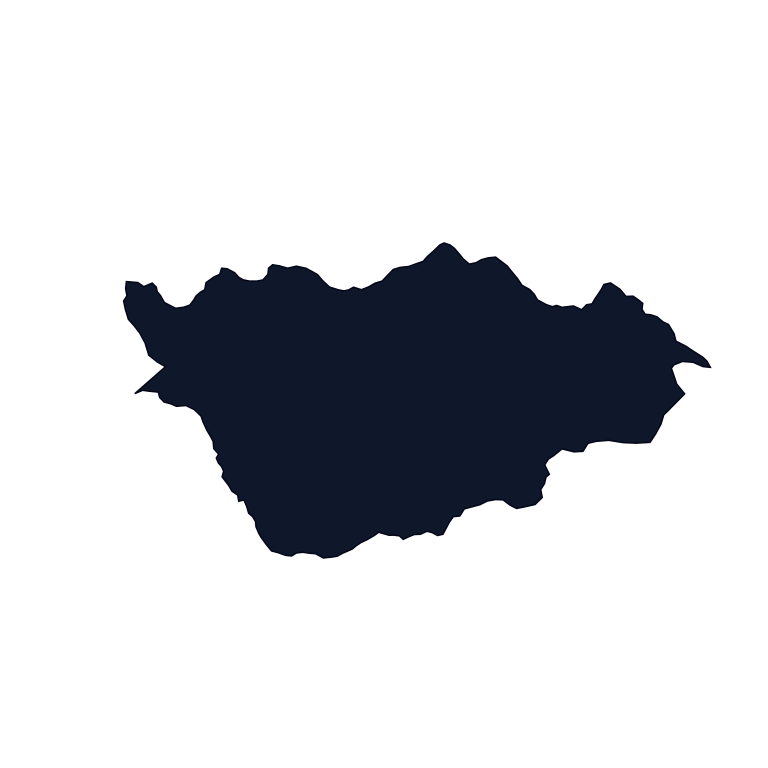 the district of São Miguel do Passa Quatro, Goiás, Brazil, rotated 120°
{"feature_id": "56859067B51842796216373", "entity_name": "São Miguel do Passa Quatro", "entity_type": "district", "adm_level": 2, "iso_a3": "BRA", "parent_name": "Brazil", "parent_adm1": "Goiás", "projection": "robinson", "projection_center": [-48.669, -17.001], "detail": "fine", "context": "isolated", "style": "filled", "palette": "ink", "viewbox_px": 768, "rotation_deg": 120, "n_neighbors": 0, "source": "geoboundaries", "source_scale": "gbopen_adm2", "svg_char_len": 2823}
<svg xmlns="http://www.w3.org/2000/svg" viewBox="0 0 768 768"><g transform="rotate(120 384 384)"><path d="M424.1,658.3L430.7,655.4L436.2,650.7L442.3,651.0L448.5,645.5L455.8,637.7L458.5,629.5L462.0,621.0L468.1,611.2L476.7,602.1L478.3,591.1L478.3,581.9L516.9,595.0L510.1,589.8L507.8,584.1L503.9,575.4L507.8,571.6L509.6,565.5L507.8,558.9L507.1,552.6L501.7,544.8L501.0,535.7L503.3,526.3L507.4,521.7L512.8,514.0L516.2,507.9L519.2,503.2L525.1,499.1L527.4,492.2L532.0,492.2L535.2,488.0L536.7,483.4L539.7,479.3L545.4,477.8L549.5,467.9L552.9,461.9L553.4,455.1L558.2,451.2L554.5,447.3L558.8,441.6L563.6,436.6L564.6,431.4L567.3,426.6L571.6,423.5L575.8,418.0L578.2,413.9L581.9,405.7L584.8,397.9L583.0,391.3L581.6,383.5L579.1,378.0L574.1,375.3L570.3,370.1L567.8,363.8L565.2,358.4L565.0,349.5L559.8,342.4L556.4,338.3L551.5,335.4L547.2,332.2L542.7,328.9L538.4,327.4L532.9,324.7L527.6,321.0L519.9,316.6L515.1,314.5L513.7,309.0L512.5,304.0L510.1,300.1L507.8,294.7L509.0,289.7L503.9,286.2L499.3,282.6L495.9,277.3L490.1,273.2L488.6,268.0L488.5,262.0L484.7,257.8L471.3,258.3L464.3,257.7L460.4,252.3L452.0,252.0L440.5,240.5L433.7,236.0L428.3,229.6L424.8,222.9L425.9,214.1L425.5,207.0L420.5,201.2L412.8,192.9L403.2,190.2L397.0,195.5L390.1,195.2L383.8,197.1L379.5,195.7L373.7,204.4L366.9,204.1L360.7,201.0L351.2,197.4L347.8,185.6L342.8,178.0L333.4,177.7L327.5,171.5L320.4,161.2L315.2,147.6L309.2,136.1L301.5,124.4L291.4,123.8L280.1,124.1L270.9,126.3L266.0,124.9L242.2,118.7L237.6,130.7L233.8,134.8L226.7,143.0L222.4,142.4L215.3,136.9L210.7,127.3L209.4,116.3L206.4,109.7L202.8,115.6L201.4,121.3L200.9,133.1L200.3,141.6L200.9,152.6L195.5,157.8L190.2,167.3L190.7,173.5L189.3,181.2L190.7,187.7L193.0,192.7L190.3,197.9L184.8,200.2L183.9,206.2L183.4,212.2L187.1,218.2L183.9,227.2L183.2,238.4L187.8,243.3L193.2,243.1L198.6,243.4L204.9,243.9L210.5,243.9L214.2,248.3L220.8,249.9L221.7,259.0L228.6,268.2L229.6,273.7L232.8,276.8L234.1,283.1L234.4,293.2L231.2,298.7L229.3,305.0L229.5,313.9L226.0,321.0L223.3,328.3L220.1,336.6L218.3,350.8L222.6,356.8L227.6,361.8L232.9,364.9L237.5,370.1L236.1,377.7L234.0,383.2L231.3,390.8L230.6,396.3L231.8,402.5L235.7,405.2L243.9,407.5L251.8,410.2L258.2,411.4L263.7,416.2L269.9,421.4L275.0,428.4L280.1,433.2L287.8,435.2L295.8,437.1L301.1,442.1L307.6,445.9L313.6,450.7L315.4,458.8L320.2,461.7L323.4,465.3L325.2,470.5L327.3,479.7L325.0,489.4L322.5,496.2L322.7,509.2L325.7,518.7L331.9,525.4L333.9,533.4L336.4,540.1L341.4,541.9L347.1,539.4L354.4,540.9L358.5,545.6L362.2,552.1L364.2,558.1L364.2,563.1L362.3,568.8L362.6,577.5L364.9,582.5L371.2,581.1L376.3,584.8L385.2,588.8L392.0,586.4L396.4,589.0L402.0,590.8L406.3,590.8L412.7,591.6L417.6,595.8L422.6,602.3L423.0,609.7L423.2,615.0L419.2,621.7L417.3,626.7L413.9,629.7L412.5,635.2L419.8,640.7L419.2,647.9L424.1,658.3Z" fill="#0f172a" stroke="#020617" stroke-width="1.5"/></g></svg>